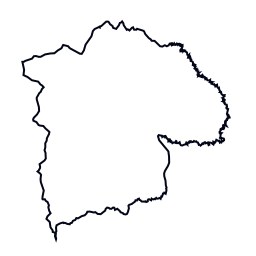 Chang Klang, Nakhon Si Thammarat, Thailand, rotated 177°
{"feature_id": "78962969B43171444996165", "entity_name": "Chang Klang", "entity_type": "district", "adm_level": 2, "iso_a3": "THA", "parent_name": "Thailand", "parent_adm1": "Nakhon Si Thammarat", "projection": "natural_earth1", "projection_center": [99.584, 8.363], "detail": "fine", "context": "isolated", "style": "outline", "palette": "ink", "viewbox_px": 256, "rotation_deg": 177, "n_neighbors": 0, "source": "geoboundaries", "source_scale": "gbopen_adm2", "svg_char_len": 5736}
<svg xmlns="http://www.w3.org/2000/svg" viewBox="0 0 256 256"><g transform="rotate(177 128 128)"><path d="M230.0,199.6L228.7,191.5L229.6,186.3L225.7,184.2L221.4,180.7L215.2,179.0L213.2,176.1L211.5,174.9L210.1,173.1L211.9,171.4L213.3,168.6L214.7,167.6L217.6,163.0L217.6,161.3L215.9,153.6L215.9,149.6L218.1,146.3L221.5,143.2L222.3,141.6L222.1,140.2L219.1,138.7L217.2,135.7L216.0,135.1L212.4,134.4L210.4,131.8L206.7,128.2L207.2,126.1L209.5,122.1L209.9,119.6L211.4,117.1L211.6,112.9L212.5,110.1L211.7,107.7L211.7,101.8L213.1,99.9L218.2,96.5L217.8,94.1L217.9,92.7L219.3,90.4L220.6,89.3L218.0,87.0L217.3,85.8L218.0,81.6L217.9,78.6L215.4,69.9L216.9,64.2L217.2,61.6L216.7,61.1L214.8,61.2L213.9,59.5L212.2,58.3L211.0,54.9L211.7,53.2L211.1,49.6L209.8,46.9L213.1,43.9L214.2,41.5L211.1,38.3L210.6,32.9L208.6,29.6L208.6,28.1L206.5,27.3L206.1,26.7L206.6,23.8L205.7,20.6L205.5,21.2L206.0,23.9L205.5,26.4L205.7,27.6L205.0,28.4L205.1,32.3L204.4,34.6L200.8,36.3L197.8,37.0L197.2,36.4L196.0,36.6L193.6,35.4L191.2,34.9L190.5,36.0L189.1,36.2L187.8,38.2L185.4,39.0L184.3,40.8L182.6,40.4L178.8,42.4L175.8,43.1L173.9,44.8L173.0,46.5L170.4,46.5L166.5,45.4L165.0,45.7L162.8,43.8L159.8,43.4L155.1,46.7L154.5,48.4L153.0,49.6L151.3,49.2L150.4,48.3L148.7,48.2L147.2,49.3L146.3,49.3L145.8,49.0L145.3,46.9L142.9,47.9L140.3,45.3L139.9,44.3L137.6,43.3L136.9,42.3L134.8,41.8L133.6,42.2L132.5,44.1L131.3,47.8L131.6,50.4L130.8,51.2L128.3,51.9L124.8,54.2L124.3,55.4L122.9,55.1L122.1,56.5L120.7,56.9L120.4,55.6L119.3,55.2L118.3,53.9L115.2,53.6L114.6,53.9L113.8,53.1L112.1,53.7L112.2,54.6L111.4,55.7L110.5,55.7L108.7,54.6L108.1,56.2L107.4,55.6L106.1,55.4L105.2,55.9L104.6,55.5L103.5,56.7L103.0,56.0L101.8,55.9L100.0,56.5L99.1,55.6L98.3,58.0L97.5,57.8L96.5,60.7L95.8,60.6L95.2,61.5L93.8,60.4L92.8,64.0L93.1,65.6L92.6,66.3L93.2,68.6L93.3,73.4L94.3,78.0L94.3,80.6L93.5,82.9L90.0,88.2L88.7,91.2L88.5,97.4L88.9,102.5L97.5,114.1L98.5,118.3L97.7,119.3L94.6,118.5L94.3,117.3L93.5,118.0L92.6,117.4L91.8,118.1L91.0,118.1L90.7,117.6L91.0,116.6L90.2,116.6L89.1,114.8L87.5,114.6L88.4,113.2L88.4,112.5L86.5,113.4L86.3,111.9L85.3,112.4L84.5,110.5L83.0,111.2L81.8,110.9L80.7,112.5L80.3,112.2L80.5,110.4L78.6,110.2L77.2,111.1L76.7,108.9L76.0,108.0L74.8,107.7L72.2,108.6L70.7,108.6L70.3,109.1L70.9,109.5L70.6,110.2L69.5,108.6L69.4,110.1L67.7,110.0L67.3,110.6L67.9,110.9L67.4,111.4L66.4,110.8L66.3,111.5L65.8,111.5L64.6,110.6L63.6,110.7L62.8,111.6L61.7,110.8L60.5,111.1L59.7,110.0L58.9,109.8L58.2,107.5L57.4,107.7L56.5,106.6L54.4,108.2L55.2,109.2L53.4,108.2L52.8,109.4L51.9,109.8L51.1,108.6L49.2,109.3L48.4,106.7L47.7,107.0L48.1,107.9L47.8,109.3L45.6,108.8L43.5,107.0L43.2,107.6L43.5,109.9L43.1,109.8L42.6,108.6L42.1,108.6L41.2,109.7L40.4,111.6L38.4,110.3L37.7,110.6L37.0,108.6L36.2,109.2L35.6,108.8L35.2,110.6L34.0,109.7L32.8,110.6L32.6,111.7L32.9,112.4L35.1,113.1L35.4,112.5L36.7,113.3L36.0,114.8L36.0,116.7L34.8,118.0L36.7,118.2L36.8,119.3L36.0,120.1L35.6,122.1L34.1,122.9L34.1,122.1L33.6,122.5L33.0,121.9L32.4,122.1L31.9,123.3L32.3,123.8L33.1,123.7L32.9,125.8L32.4,125.9L31.7,125.1L30.9,125.6L29.6,124.9L30.3,126.3L31.4,127.3L30.6,127.1L30.2,127.5L30.2,128.1L30.9,128.2L30.7,129.3L30.0,129.4L30.1,130.1L29.5,130.2L29.3,131.0L28.7,130.9L28.6,132.1L27.8,132.2L27.8,132.8L26.0,133.1L26.2,133.9L27.2,134.5L26.7,134.8L27.2,136.0L28.1,135.9L28.5,136.9L27.0,141.8L27.3,142.0L27.5,141.5L28.6,142.4L28.7,143.4L28.0,144.2L28.2,146.1L29.5,146.4L30.1,147.0L30.0,147.9L30.6,148.1L30.3,149.6L30.5,149.0L32.0,149.6L30.6,150.4L31.7,151.1L31.7,152.0L30.9,152.0L32.0,153.0L31.2,153.2L30.9,154.4L29.9,154.7L29.9,155.1L30.4,155.2L30.0,155.8L31.8,155.9L33.1,157.5L33.1,158.7L34.3,159.0L33.6,159.6L34.7,160.8L35.1,163.4L35.7,163.0L36.7,164.3L36.8,166.3L37.9,165.5L37.7,166.3L39.1,165.9L39.6,167.2L40.3,167.0L42.2,167.8L41.7,168.6L43.0,169.1L41.6,169.6L43.7,170.2L43.5,171.8L44.6,171.2L46.3,171.6L46.9,173.4L47.3,173.2L47.2,172.3L47.8,173.2L48.3,172.8L48.5,173.5L48.1,174.3L49.1,175.2L50.0,175.3L50.4,176.1L50.7,174.7L51.8,175.0L51.8,176.6L53.3,175.7L53.7,175.9L53.5,176.5L54.2,177.2L54.2,176.5L55.2,176.1L55.0,176.7L55.7,177.1L55.8,177.9L54.1,179.4L54.7,179.3L55.4,180.3L55.1,180.8L55.8,180.9L55.6,182.4L56.7,182.2L56.4,183.4L57.4,183.2L57.7,184.1L58.0,183.6L58.5,184.0L57.3,185.7L58.3,186.4L57.4,187.4L58.5,188.1L59.4,187.0L59.9,187.4L59.1,188.3L59.8,188.7L59.6,189.6L60.0,190.9L61.8,191.6L61.2,193.1L61.5,193.3L61.9,192.7L62.2,193.5L61.6,195.2L62.1,194.5L62.2,195.7L63.1,194.9L63.9,195.0L63.0,196.0L63.5,196.1L63.2,197.8L64.0,197.0L63.9,197.6L64.9,198.0L65.2,200.4L66.8,201.5L66.8,202.3L67.4,202.5L68.1,201.9L68.3,202.6L68.8,202.3L69.4,203.1L69.8,202.1L70.1,203.0L70.4,202.0L71.6,201.8L71.7,203.1L69.9,205.0L69.2,206.7L69.2,207.8L70.5,207.2L70.9,207.8L70.3,208.4L71.0,208.8L71.0,208.2L71.6,208.0L71.4,207.2L72.2,207.7L72.2,208.4L73.1,208.5L72.9,209.4L74.1,209.4L74.4,208.8L74.8,209.5L75.1,209.0L76.2,209.1L76.3,207.7L76.8,209.2L78.1,208.8L77.9,209.9L78.4,209.6L79.1,210.1L79.4,208.9L80.1,208.3L81.0,209.7L80.9,210.2L81.9,210.1L83.1,208.4L84.9,207.6L86.9,208.7L89.5,207.5L91.7,208.0L96.9,213.6L99.9,213.9L100.6,215.3L102.3,216.5L105.8,220.8L106.9,223.7L108.0,224.5L113.8,226.6L114.5,225.7L116.8,225.9L117.7,228.3L118.9,227.8L121.4,225.3L123.1,226.6L124.1,226.1L126.9,230.9L127.2,232.9L128.3,234.7L129.1,233.8L130.7,233.3L131.6,231.2L134.6,227.6L137.6,228.8L138.1,230.6L140.4,232.5L141.9,235.1L143.2,235.4L144.3,235.3L149.3,231.2L150.8,230.9L150.9,229.8L151.9,230.3L156.1,228.6L158.0,226.6L159.7,221.5L166.0,213.5L168.0,207.8L170.3,204.5L172.1,204.7L181.1,210.2L182.2,211.0L183.5,212.8L188.4,214.3L190.3,211.1L194.1,209.1L197.6,206.5L201.6,206.5L207.0,205.8L211.4,203.7L213.3,203.7L216.2,204.7L218.3,204.6L220.2,202.3L227.1,200.4L228.5,199.6L230.0,199.6Z" fill="none" stroke="#020617" stroke-width="2"/></g></svg>